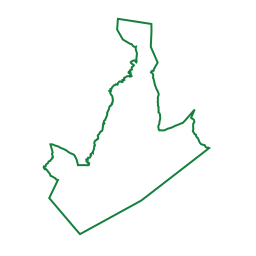 outline of Florida, Copán, Honduras, rotated 183°
{"feature_id": "27666195B95535378381933", "entity_name": "Florida", "entity_type": "district", "adm_level": 2, "iso_a3": "HND", "parent_name": "Honduras", "parent_adm1": "Copán", "projection": "albers", "projection_center": [-88.794, 15.139], "detail": "fine", "context": "isolated", "style": "outline", "palette": "green", "viewbox_px": 256, "rotation_deg": 183, "n_neighbors": 0, "source": "geoboundaries", "source_scale": "gbopen_adm2", "svg_char_len": 5847}
<svg xmlns="http://www.w3.org/2000/svg" viewBox="0 0 256 256"><g transform="rotate(183 128 128)"><path d="M62.4,149.9L72.0,137.7L73.8,135.8L74.7,135.6L78.1,133.9L80.7,132.8L81.8,132.2L83.2,131.4L84.3,130.8L87.3,129.7L88.3,129.4L89.6,128.7L90.6,128.0L91.2,127.7L93.1,127.4L95.7,127.4L96.1,127.2L96.5,127.3L96.9,127.6L97.2,128.1L97.9,131.1L97.6,132.0L97.5,132.6L97.0,133.7L96.9,135.4L96.8,136.9L96.6,137.7L96.3,138.5L96.4,139.9L96.6,141.9L97.0,143.8L97.1,144.0L98.1,145.1L98.5,145.6L98.2,146.5L98.3,147.1L98.4,147.5L98.6,148.4L98.5,149.0L98.6,150.8L98.7,151.0L99.1,151.3L99.3,151.9L99.3,152.6L99.2,153.9L99.7,155.1L99.6,157.3L99.8,160.2L99.6,161.0L99.2,162.3L99.1,163.1L99.2,163.9L99.5,164.6L99.9,165.2L100.1,165.7L100.3,166.1L100.3,166.7L101.0,167.5L101.3,167.9L102.2,169.7L102.6,170.8L103.5,172.7L104.2,175.7L104.6,176.8L105.0,178.4L105.7,179.4L105.5,180.7L105.7,182.3L106.0,183.4L106.2,183.7L107.6,184.4L108.0,184.7L107.8,185.3L106.9,186.4L105.8,186.3L105.5,186.4L105.4,186.5L105.3,187.3L105.3,188.0L101.8,194.9L109.5,210.3L109.6,225.7L110.1,233.1L143.8,236.5L144.0,225.7L137.8,216.1L130.4,212.2L128.9,212.0L128.6,211.8L127.8,210.7L127.4,210.3L126.7,209.7L126.1,209.5L125.1,209.4L124.7,209.3L124.3,209.5L124.5,208.4L124.5,207.8L124.2,206.4L123.0,203.1L123.1,199.3L123.2,198.5L123.3,197.4L123.0,195.6L122.9,194.8L123.0,194.3L123.1,194.0L123.3,194.1L124.0,194.7L124.1,194.9L124.1,195.4L124.3,195.6L124.7,195.8L125.3,195.8L126.1,195.7L126.5,195.5L127.2,195.0L127.9,194.7L128.6,194.0L128.7,193.8L128.7,193.6L128.3,193.0L127.1,192.1L125.6,191.2L125.4,191.0L125.4,190.8L125.7,190.3L127.2,189.1L127.4,188.8L127.5,188.4L127.3,187.5L127.2,186.5L128.7,186.1L128.9,185.9L129.1,185.6L129.2,185.3L129.1,185.0L129.0,184.6L128.4,184.0L128.4,183.7L128.5,183.5L128.8,183.3L129.1,183.4L129.3,183.5L129.5,184.0L129.8,184.2L130.2,184.1L130.3,183.7L130.3,183.1L130.2,182.9L129.8,182.8L129.3,183.0L128.8,183.2L128.7,183.1L128.4,182.9L128.2,182.5L128.1,182.2L128.3,181.7L128.7,181.0L128.8,180.7L127.5,180.8L127.2,180.4L127.1,180.0L127.2,179.9L127.4,179.7L128.1,179.6L128.7,179.4L129.1,179.4L129.7,179.7L130.2,179.8L130.5,179.8L131.2,179.7L132.1,179.4L133.0,178.5L133.6,178.3L134.4,178.0L134.6,177.7L134.7,177.3L134.6,177.0L134.1,176.1L134.1,175.7L134.5,175.5L135.8,175.7L136.2,175.6L136.2,175.4L136.2,175.2L136.0,174.5L135.8,174.0L135.8,173.7L136.2,173.5L136.7,173.6L137.2,173.7L137.7,174.0L138.3,174.2L138.7,174.1L139.1,173.9L139.4,173.6L140.0,172.7L140.4,172.3L140.6,171.5L140.6,170.9L140.7,170.7L140.9,170.6L141.2,170.6L141.9,171.0L142.5,171.0L142.9,170.7L143.4,170.1L143.9,170.1L144.2,169.9L145.9,167.9L146.3,167.1L146.5,166.3L146.7,166.2L147.0,166.3L147.7,166.0L147.7,165.7L147.4,164.9L146.9,164.2L147.1,163.9L147.6,164.0L148.5,163.9L147.5,162.3L147.3,161.9L147.3,161.4L147.1,161.0L146.5,160.2L145.6,159.3L145.2,158.3L145.0,157.6L145.0,157.0L144.7,156.2L144.7,155.8L144.5,154.9L144.7,154.5L144.6,153.7L144.9,153.1L144.8,152.5L145.3,152.0L145.3,151.6L145.2,151.4L145.6,151.1L145.4,150.6L145.5,150.4L145.8,150.2L146.1,149.8L146.8,149.5L146.9,149.3L146.8,148.9L147.5,148.4L147.7,148.2L147.9,146.5L148.0,146.1L148.2,145.3L148.5,144.9L149.1,143.2L149.6,142.4L149.5,141.5L149.6,141.1L149.4,140.8L149.4,140.5L149.8,138.9L150.3,137.8L150.7,136.3L151.1,135.6L151.2,134.8L152.2,134.1L152.4,133.6L152.5,133.1L152.4,132.6L151.8,131.6L151.8,131.3L151.9,131.1L152.0,131.0L152.7,131.3L152.9,131.3L153.0,131.1L152.8,130.4L153.3,129.5L153.2,129.1L152.9,128.7L152.9,128.4L153.0,127.9L153.3,127.3L153.3,125.1L153.6,124.2L153.9,123.6L154.8,123.3L155.2,122.7L155.5,122.6L155.8,122.3L155.9,122.1L156.2,121.0L156.4,120.5L156.8,120.1L157.4,119.6L157.8,118.9L157.8,118.5L157.6,118.1L157.4,117.6L157.2,116.1L157.3,115.6L157.9,115.4L158.4,115.1L158.6,114.9L158.7,114.4L158.9,114.2L159.9,113.9L160.1,113.6L160.2,113.3L160.7,112.6L160.7,111.9L160.9,111.4L160.9,110.9L160.8,110.5L160.3,109.9L160.2,109.2L160.2,108.5L160.4,108.2L160.8,108.1L160.8,107.2L160.8,105.5L161.5,103.5L161.6,102.8L161.7,101.8L161.7,101.7L162.0,102.1L162.2,101.6L162.3,101.4L163.3,100.5L163.6,100.0L163.9,99.9L163.9,99.7L163.7,99.3L164.0,99.3L164.1,99.1L163.8,98.2L163.7,98.0L164.0,97.3L164.4,96.6L164.6,96.4L164.9,96.3L166.1,96.2L166.0,95.9L166.6,95.5L166.7,95.3L166.5,94.5L167.1,94.6L167.6,94.6L167.9,94.5L168.1,94.2L168.0,93.8L167.6,93.1L167.6,92.7L167.7,92.4L167.6,92.2L166.6,92.1L166.5,91.7L166.2,91.6L166.3,91.2L166.0,90.8L165.7,90.9L165.3,91.0L165.1,90.9L164.9,90.8L164.9,90.4L165.0,89.8L165.4,88.8L176.1,88.3L176.5,90.2L177.3,92.5L177.6,93.7L178.6,95.4L179.5,97.0L179.6,97.4L180.2,98.0L180.9,98.5L181.7,99.0L182.8,99.3L184.1,99.8L186.6,101.1L188.3,102.4L188.8,102.5L191.3,103.7L192.1,104.0L193.4,104.3L194.4,104.7L196.4,105.8L198.6,106.4L200.1,106.7L201.1,107.2L202.2,107.6L203.1,107.7L204.6,107.6L201.9,99.6L202.5,98.3L202.5,97.9L202.4,97.5L201.8,96.5L201.9,95.7L201.5,95.0L201.4,94.7L201.5,94.5L201.8,94.3L202.2,94.0L202.5,93.1L203.2,92.5L203.9,91.1L204.3,90.9L205.0,90.7L205.5,90.4L205.9,89.3L206.3,88.6L207.5,87.7L207.7,87.4L208.1,86.9L208.1,85.9L208.4,85.3L208.6,85.1L208.9,85.0L210.0,85.2L210.1,84.2L209.8,83.6L209.6,83.3L209.3,83.0L209.0,82.5L208.8,82.5L208.4,82.9L208.1,82.9L207.9,82.8L207.4,82.1L206.3,81.5L206.1,81.0L206.0,80.6L205.4,80.1L204.0,78.5L203.6,78.1L203.1,76.7L202.9,76.2L202.6,76.1L202.2,76.0L201.8,75.9L200.1,75.1L199.8,74.8L198.0,74.1L197.7,73.8L197.5,73.3L197.2,72.9L196.9,72.8L195.9,72.6L195.5,72.3L195.3,72.3L203.0,53.9L176.0,25.3L170.4,19.5L110.9,56.3L45.9,112.2L46.8,112.6L48.3,112.6L49.3,112.9L49.8,113.5L50.3,114.7L50.7,114.9L52.9,115.3L54.4,115.9L55.5,117.2L56.4,118.7L57.0,120.2L57.8,121.7L58.5,122.1L59.3,122.9L59.6,123.9L59.9,125.0L60.7,125.1L61.2,125.4L62.3,127.1L63.1,128.2L63.1,128.6L62.8,129.7L62.7,130.4L63.0,132.5L63.1,135.6L62.8,136.4L62.1,137.1L62.1,137.9L62.7,139.7L63.5,140.3L64.9,141.0L65.5,141.6L62.4,149.9Z" fill="none" stroke="#15803d" stroke-width="2"/></g></svg>